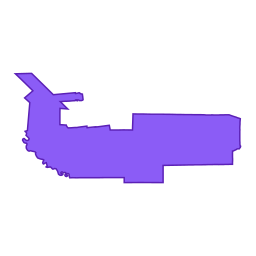 the district of Storobaneasa, Teleorman, Romania
{"feature_id": "2599482B47254349291788", "entity_name": "Storobaneasa", "entity_type": "district", "adm_level": 2, "iso_a3": "ROU", "parent_name": "Romania", "parent_adm1": "Teleorman", "projection": "robinson", "projection_center": [25.498, 43.896], "detail": "fine", "context": "isolated", "style": "filled", "palette": "violet", "viewbox_px": 256, "rotation_deg": 0, "n_neighbors": 0, "source": "geoboundaries", "source_scale": "gbopen_adm2", "svg_char_len": 5185}
<svg xmlns="http://www.w3.org/2000/svg" viewBox="0 0 256 256"><path d="M232.5,164.3L232.5,164.2L232.5,163.4L232.5,162.0L232.6,161.2L232.6,159.6L232.6,158.6L232.5,157.2L232.5,156.3L232.5,155.9L232.5,155.2L232.5,154.2L232.5,152.5L232.6,151.7L232.5,151.1L233.0,151.0L233.5,150.9L233.9,150.7L234.4,150.4L235.1,150.1L235.6,149.9L235.8,149.7L236.2,149.6L236.5,149.4L236.8,149.2L237.0,149.0L237.3,148.9L237.7,148.8L237.8,148.8L238.0,148.8L238.4,148.8L238.5,148.8L238.8,148.8L239.1,148.9L239.5,148.4L239.9,147.9L240.3,147.4L240.5,146.7L240.6,146.4L240.6,146.1L240.3,145.9L240.2,146.0L240.0,144.8L239.9,144.0L239.9,142.9L239.9,142.1L239.8,141.1L239.8,140.5L239.8,139.9L239.8,139.5L239.8,138.3L239.8,137.3L239.8,135.6L239.8,134.3L239.8,133.6L239.8,132.5L239.8,132.0L239.8,130.8L239.9,130.1L239.9,129.6L239.8,129.3L239.8,129.1L239.8,128.9L239.8,128.2L239.8,127.0L239.9,125.4L240.0,124.2L240.0,123.3L240.0,121.9L240.1,121.1L240.2,119.8L240.3,118.7L239.6,118.4L237.3,117.7L236.2,117.2L234.2,116.6L232.1,115.9L230.4,115.3L229.4,114.9L228.7,114.8L227.8,114.8L226.5,114.8L225.2,114.8L223.6,114.9L222.6,114.9L221.0,114.9L220.0,114.9L218.6,115.0L217.7,115.0L216.6,115.0L215.6,115.0L213.8,115.0L212.2,114.9L211.5,114.9L211.4,115.0L211.2,115.0L210.2,115.0L209.8,115.0L209.0,115.0L208.1,115.0L206.8,115.0L205.9,115.0L205.6,115.0L205.4,114.9L204.3,114.8L200.9,114.7L199.7,114.7L197.8,114.7L196.3,114.7L194.1,114.7L190.7,114.6L187.3,114.6L186.3,114.6L185.2,114.6L180.8,114.5L177.3,114.5L174.1,114.4L169.6,114.3L166.7,114.3L161.8,114.2L157.6,114.2L154.5,114.2L151.2,114.2L146.1,114.1L142.7,114.0L139.6,114.0L137.2,114.0L133.0,113.9L132.9,117.6L132.8,121.0L132.6,125.9L132.5,130.0L123.4,129.9L118.6,130.0L113.4,130.0L110.2,130.0L109.3,125.3L109.1,125.3L101.7,126.3L95.4,127.1L95.5,126.8L93.4,127.0L89.6,127.4L87.1,127.7L86.9,126.1L83.1,126.6L82.3,126.7L80.7,126.9L78.5,127.2L76.9,127.5L74.8,127.5L70.9,127.8L68.2,127.9L67.8,127.7L67.0,126.7L66.6,126.0L66.3,125.4L66.2,125.0L65.1,125.0L62.6,124.8L60.5,124.7L59.9,124.6L59.9,112.4L60.0,108.4L61.2,108.5L62.5,108.6L65.4,108.8L67.8,109.0L67.6,108.8L66.1,107.4L64.5,105.8L63.1,104.4L61.7,103.0L60.3,101.6L61.0,101.6L62.9,101.4L65.7,101.2L66.2,101.3L67.1,101.2L69.4,101.1L72.5,100.8L74.6,100.7L75.0,100.7L75.2,100.4L75.3,100.2L75.6,100.0L75.8,99.8L76.0,99.8L76.3,99.8L76.4,100.2L76.4,100.5L76.7,100.6L77.3,100.7L77.2,100.3L77.6,100.2L77.7,99.9L78.6,100.0L78.8,100.1L79.3,100.4L79.5,100.6L80.3,100.6L81.4,100.6L81.5,100.5L82.4,100.3L82.6,100.2L82.8,100.1L82.9,99.7L83.1,99.3L83.0,99.0L82.7,96.4L82.4,94.4L82.4,94.1L82.2,94.0L81.2,93.9L79.9,93.4L79.8,93.1L79.7,92.9L79.3,92.8L78.8,92.8L78.2,93.0L76.0,93.5L75.5,93.5L75.4,92.7L53.3,94.7L31.6,73.4L30.2,73.4L15.4,73.8L22.9,81.0L32.9,90.8L24.6,97.9L29.8,102.6L27.4,130.6L25.1,131.3L25.4,131.7L25.9,132.1L26.3,132.6L26.6,133.1L26.5,133.8L26.3,134.7L26.0,135.3L27.6,136.9L28.8,138.2L29.1,138.7L28.8,139.7L28.0,140.3L27.2,140.5L26.4,140.4L25.1,139.4L24.3,138.6L23.9,138.5L23.1,138.9L22.7,139.3L22.6,140.3L23.9,142.5L25.2,143.1L26.2,143.1L26.8,143.6L27.0,144.0L26.8,145.0L26.3,145.9L26.2,147.0L26.4,148.5L27.5,150.2L28.4,150.9L29.3,151.1L30.7,150.7L32.1,151.2L33.8,151.5L35.1,151.9L35.8,152.6L35.5,153.5L35.6,154.3L36.4,156.1L37.6,157.9L39.0,158.5L40.9,159.1L42.2,159.3L43.1,159.5L43.8,160.0L43.3,160.9L42.8,162.4L42.7,162.9L43.2,163.8L43.7,164.0L44.6,163.3L45.6,162.9L46.3,162.7L47.2,165.9L46.1,166.9L46.7,167.2L47.3,167.4L49.0,167.1L49.4,167.1L50.6,167.0L51.5,167.9L52.1,168.6L52.7,169.1L53.6,169.0L54.7,168.5L56.2,168.9L57.6,171.3L58.2,173.2L58.5,174.2L59.7,175.1L60.5,175.3L60.9,175.3L61.3,175.3L61.6,175.2L62.0,175.1L62.3,174.9L62.6,174.7L62.8,174.5L62.9,174.4L62.8,174.2L62.7,174.1L62.3,174.0L61.9,173.8L61.3,173.5L61.1,173.3L61.0,173.0L60.9,172.9L60.9,172.7L61.0,172.4L61.2,172.2L61.4,172.1L61.6,172.0L61.8,171.9L62.0,171.9L62.2,172.0L62.5,172.1L62.9,172.4L63.0,172.6L63.4,172.8L63.7,172.8L64.0,172.7L64.3,172.5L64.5,172.5L64.9,172.4L65.0,172.4L65.2,172.5L65.4,172.6L65.7,172.7L65.8,172.8L65.9,173.1L65.9,173.4L65.8,173.7L65.7,174.0L65.4,174.3L65.0,174.8L64.9,175.0L64.9,175.3L65.0,175.6L65.3,176.0L65.6,176.3L65.9,176.3L66.2,176.4L66.4,176.5L66.6,176.5L66.8,176.4L67.0,176.3L67.2,176.1L67.4,175.9L67.5,175.7L67.4,175.5L67.2,175.3L66.8,174.9L66.7,174.7L66.8,174.6L66.8,174.4L67.0,174.2L67.0,173.9L67.2,173.7L67.4,173.6L67.7,173.5L67.9,173.5L68.0,173.5L68.3,173.6L68.9,174.1L69.0,174.2L69.1,174.4L69.1,174.8L69.1,175.5L69.1,175.8L69.2,176.1L69.4,176.5L69.4,176.9L69.5,177.0L69.6,177.3L69.8,177.6L69.8,177.8L70.3,177.8L72.6,177.7L76.8,177.8L80.2,177.7L84.4,177.7L90.3,177.7L94.2,177.7L99.1,177.7L104.3,177.6L108.8,177.6L112.9,177.6L118.5,177.6L122.0,177.6L124.2,177.6L124.2,182.6L140.1,182.5L163.1,182.6L163.1,165.4L186.3,165.0L186.6,165.0L187.2,165.0L188.5,164.9L190.1,164.9L191.4,164.9L192.5,164.9L193.4,164.9L194.7,164.8L195.8,164.8L196.9,164.8L198.3,164.8L199.3,164.8L199.6,164.8L199.8,164.8L201.5,164.8L203.4,164.7L205.5,164.7L207.9,164.6L211.5,164.6L214.4,164.5L216.4,164.5L217.7,164.5L218.1,164.5L218.4,164.5L218.6,164.6L219.6,164.5L221.1,164.5L222.5,164.5L223.4,164.5L223.7,164.5L225.1,164.4L226.6,164.4L228.2,164.4L229.8,164.3L231.2,164.3L232.5,164.3Z" fill="#8b5cf6" stroke="#5b21b6" stroke-width="1.5"/></svg>